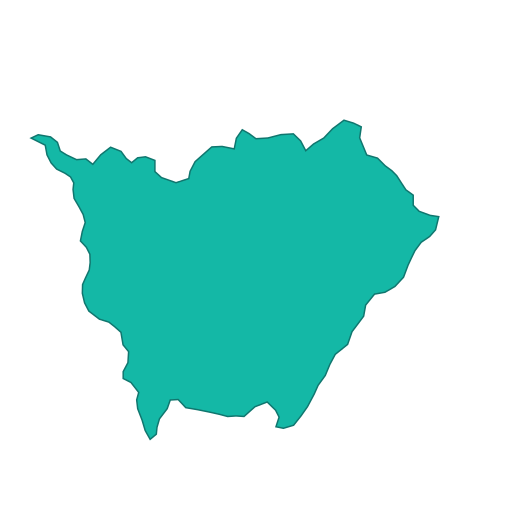 the district of Taguaí, São Paulo, Brazil, rotated 75°
{"feature_id": "56859067B74189053823533", "entity_name": "Taguaí", "entity_type": "district", "adm_level": 2, "iso_a3": "BRA", "parent_name": "Brazil", "parent_adm1": "São Paulo", "projection": "robinson", "projection_center": [-49.403, -23.468], "detail": "fine", "context": "isolated", "style": "filled", "palette": "teal", "viewbox_px": 512, "rotation_deg": 75, "n_neighbors": 0, "source": "geoboundaries", "source_scale": "gbopen_adm2", "svg_char_len": 1798}
<svg xmlns="http://www.w3.org/2000/svg" viewBox="0 0 512 512"><g transform="rotate(75 256 256)"><path d="M405.7,405.7L402.3,398.4L395.9,396.0L388.3,391.4L380.5,381.3L372.9,376.1L374.5,368.3L384.3,363.1L389.4,352.0L395.0,340.8L399.5,332.2L403.7,324.9L405.3,316.7L407.9,309.1L401.3,296.0L399.9,283.0L410.0,277.0L417.6,275.4L426.1,280.9L429.5,274.1L429.2,263.5L422.1,253.9L414.9,245.3L404.4,235.5L397.0,229.5L389.3,220.0L379.8,212.7L371.5,204.9L365.1,190.4L353.9,182.8L347.2,174.2L342.0,167.6L331.8,162.8L323.5,151.4L324.4,140.8L321.4,129.7L314.7,119.0L304.2,111.5L298.0,106.3L292.0,101.1L285.5,92.9L282.1,83.2L277.2,75.8L265.3,69.3L261.8,77.3L255.1,86.8L247.7,91.0L237.9,88.4L230.9,94.1L223.6,96.5L214.8,99.3L208.8,102.7L202.3,107.9L192.9,113.3L187.1,122.9L168.7,125.3L158.5,120.9L152.9,127.4L147.6,135.9L152.9,149.1L159.6,160.0L162.7,171.4L167.2,180.7L156.4,183.1L147.7,188.3L145.2,200.5L145.1,214.0L142.7,225.7L136.1,230.9L130.5,236.6L137.2,244.5L146.9,249.3L141.4,260.4L139.2,270.5L142.8,277.8L149.1,290.4L157.1,297.7L163.8,300.9L164.5,314.3L155.8,327.0L148.3,331.8L137.5,328.9L131.6,337.0L130.5,344.9L133.7,352.0L128.3,356.1L120.0,359.3L113.3,368.3L118.0,379.7L125.2,389.9L118.2,395.2L116.5,404.4L109.1,413.1L103.9,417.9L94.8,418.4L87.8,423.6L82.5,435.0L83.9,442.7L94.4,430.9L104.2,431.7L113.1,429.8L120.4,426.1L126.6,419.1L131.6,414.7L138.2,413.1L144.4,415.5L153.3,416.8L162.7,414.2L171.2,412.2L179.5,412.3L187.3,417.4L196.0,421.7L203.7,417.6L211.3,416.0L219.5,417.9L226.4,420.7L233.1,426.4L238.7,430.9L247.1,433.4L256.9,433.7L266.0,431.7L276.5,423.6L281.8,415.2L287.3,411.1L294.7,406.2L307.4,407.4L315.4,403.8L325.9,407.3L333.3,414.2L340.0,416.0L345.8,409.5L357.4,404.6L364.1,408.5L372.9,409.8L385.0,408.5L395.9,408.2L405.7,405.7Z" fill="#14b8a6" stroke="#0f766e" stroke-width="1.5"/></g></svg>